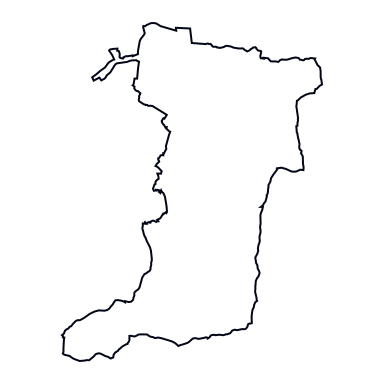 Cozmeni, Harghita, Romania
{"feature_id": "2599482B88715743642246", "entity_name": "Cozmeni", "entity_type": "district", "adm_level": 2, "iso_a3": "ROU", "parent_name": "Romania", "parent_adm1": "Harghita", "projection": "mercator", "projection_center": [25.941, 46.184], "detail": "fine", "context": "isolated", "style": "outline", "palette": "ink", "viewbox_px": 384, "rotation_deg": 0, "n_neighbors": 0, "source": "geoboundaries", "source_scale": "gbopen_adm2", "svg_char_len": 5934}
<svg xmlns="http://www.w3.org/2000/svg" viewBox="0 0 384 384"><path d="M251.8,323.2L251.6,316.3L252.4,310.2L253.8,307.2L254.2,304.8L255.3,302.2L257.1,300.9L256.7,300.0L256.5,297.7L255.1,291.9L255.4,288.3L255.3,285.8L255.5,285.5L255.8,281.0L257.0,278.2L258.5,276.4L259.6,273.0L259.1,271.2L257.6,268.2L257.4,265.3L256.1,263.0L255.3,257.5L257.2,254.0L258.2,250.9L257.9,248.7L258.4,245.5L259.8,241.3L259.5,238.0L259.7,235.3L260.4,233.4L260.6,230.2L260.3,229.5L260.1,226.7L260.6,223.5L260.4,215.8L260.5,214.6L261.2,212.3L262.1,210.4L262.9,206.9L260.9,206.9L262.0,206.1L263.3,204.7L263.9,203.4L265.5,201.4L266.9,196.3L266.6,195.3L267.2,194.6L267.8,192.9L268.2,188.5L268.5,187.0L268.4,185.2L270.3,181.8L271.1,178.1L273.3,174.7L277.1,169.6L277.3,169.3L276.8,168.7L276.9,168.3L281.5,167.7L285.8,168.9L291.1,171.3L292.8,171.7L294.9,171.7L296.8,171.3L300.2,169.7L303.4,170.1L303.6,167.9L303.4,165.7L303.0,164.1L302.8,156.4L301.0,153.1L301.4,152.1L301.5,150.8L299.8,149.5L299.8,148.9L299.3,147.9L299.2,147.2L299.5,143.9L299.3,143.0L297.6,135.4L297.5,133.6L296.8,132.6L296.3,126.2L297.4,125.8L297.4,124.9L297.6,122.1L298.0,120.8L297.8,119.2L298.1,118.3L296.3,105.9L296.6,104.9L296.9,100.8L297.8,100.4L300.9,97.4L305.8,94.7L309.8,93.4L314.3,93.1L315.4,89.1L316.8,88.8L319.6,85.9L322.0,84.5L321.4,80.0L320.7,77.8L320.6,70.3L320.3,69.4L320.1,67.5L317.5,65.0L314.6,59.4L315.1,58.5L310.6,58.0L308.6,58.9L307.1,58.7L304.9,59.0L304.1,60.0L303.2,60.4L301.9,59.9L299.9,59.7L298.6,58.0L295.4,57.5L292.3,58.1L287.0,59.7L283.1,59.7L282.0,59.4L279.8,60.3L279.4,61.0L278.3,61.9L274.7,61.3L272.9,61.5L270.7,61.3L268.1,58.3L263.5,57.7L262.5,57.9L262.4,58.2L262.7,58.5L260.8,58.2L260.4,57.2L260.3,55.6L260.7,54.4L261.2,51.4L260.2,50.8L258.2,50.6L256.3,48.6L256.2,47.9L255.2,47.2L253.0,47.6L252.2,48.4L250.6,49.2L249.9,50.2L247.3,51.4L245.1,50.2L242.9,48.4L238.7,48.5L233.4,47.6L231.2,46.6L227.1,45.8L225.3,46.1L223.9,47.0L220.3,47.9L217.1,47.5L216.6,46.9L215.2,46.7L213.3,46.8L212.0,45.9L212.0,45.6L210.6,43.9L209.1,44.1L208.0,43.5L206.7,43.7L205.8,44.1L191.8,43.0L190.1,28.5L175.9,27.8L176.2,30.7L160.5,26.1L156.4,23.5L153.5,23.0L150.8,23.2L146.7,25.0L145.0,26.2L143.5,26.0L143.1,26.9L144.7,33.2L144.3,34.3L140.8,38.9L139.8,40.9L138.2,49.6L137.9,52.3L138.0,54.1L132.7,56.2L132.6,55.4L127.3,56.3L126.3,56.1L123.4,57.3L123.3,58.4L122.5,58.5L120.8,58.1L119.7,57.5L119.6,57.0L119.7,53.6L118.7,51.0L117.2,50.7L117.4,48.6L113.2,48.9L110.0,49.5L109.1,50.5L112.3,55.3L114.2,59.5L112.0,60.4L108.5,62.7L105.0,67.5L100.1,71.0L96.2,74.4L92.2,77.3L93.7,80.6L99.4,77.6L101.3,80.4L104.6,78.6L105.8,77.2L106.7,75.4L110.3,72.4L115.2,64.5L116.7,63.4L127.2,61.9L129.6,60.9L131.9,60.4L136.3,60.2L137.5,61.1L139.0,61.6L138.1,68.0L137.1,78.6L134.5,78.6L133.8,83.2L133.3,84.8L132.7,85.3L134.5,86.6L134.2,88.2L135.5,90.2L136.6,90.9L138.3,91.3L139.6,92.8L140.3,93.1L140.3,93.6L139.1,96.2L139.2,97.8L138.8,99.5L138.9,100.9L139.5,101.5L143.7,104.2L144.9,104.5L145.5,105.0L147.0,104.9L148.3,105.9L150.7,105.7L152.6,106.1L166.8,114.9L164.4,118.7L163.4,118.2L161.7,121.0L161.9,121.3L161.9,122.2L163.0,124.1L164.2,125.1L164.9,126.7L165.4,127.1L166.7,127.1L166.5,127.6L165.8,127.9L165.8,128.2L166.7,128.7L167.3,129.6L169.6,131.5L170.2,131.8L169.1,134.6L165.9,146.3L166.3,148.9L163.8,153.6L163.2,153.4L163.3,155.3L162.0,155.1L160.6,155.4L159.1,158.0L158.2,158.3L158.2,159.6L159.0,161.0L159.2,161.7L157.0,163.7L155.5,166.0L157.8,167.1L161.7,171.2L161.1,172.8L161.1,173.6L157.4,173.6L158.4,176.3L158.6,178.9L156.8,180.1L155.8,181.3L155.5,182.3L155.4,184.2L154.7,184.3L154.3,184.9L153.0,188.8L153.9,190.8L154.9,190.5L156.4,190.5L156.2,189.8L156.7,189.8L157.5,189.9L157.4,190.2L159.7,190.4L159.0,192.0L160.3,193.1L161.2,190.5L161.7,191.6L163.5,193.3L164.9,196.6L165.7,201.0L166.5,206.0L166.9,210.3L166.9,212.3L166.3,213.1L165.7,212.3L162.9,214.6L162.8,214.3L160.3,218.3L157.4,219.7L158.1,220.3L158.4,221.3L156.5,221.4L156.2,221.9L153.9,220.8L153.0,220.6L151.1,221.3L150.4,222.4L150.7,223.4L150.0,222.4L149.5,222.4L149.1,222.0L147.3,222.7L147.2,223.8L146.8,223.9L145.6,223.5L144.9,222.1L144.7,222.3L144.8,223.7L142.8,223.5L142.8,225.9L142.3,228.4L143.1,231.0L143.8,234.1L144.8,236.7L145.5,237.6L146.7,240.9L149.9,247.1L150.9,250.5L151.8,258.6L151.8,260.7L151.2,262.2L151.2,265.1L150.6,267.1L150.5,269.3L149.9,270.5L149.4,271.1L147.1,272.5L146.6,273.1L144.4,274.1L142.2,277.7L139.5,287.5L138.3,289.3L135.9,291.0L134.6,292.3L134.3,293.1L134.3,295.7L133.5,297.6L133.2,299.4L132.6,300.4L131.0,301.7L130.0,301.9L128.6,302.0L125.1,301.2L125.1,302.3L123.3,301.3L121.0,300.6L117.7,300.1L115.6,300.3L115.2,300.5L112.4,304.9L111.3,305.9L109.3,308.6L107.3,310.0L104.5,310.7L98.7,310.4L94.4,311.6L89.5,314.0L84.7,317.5L82.0,319.1L79.8,320.2L77.4,320.2L75.3,321.4L72.4,324.5L71.3,326.1L69.7,326.8L68.1,328.7L66.6,329.3L65.2,330.5L64.9,330.9L63.9,333.6L62.0,335.2L62.9,336.0L62.9,337.4L64.3,337.5L63.9,340.1L63.4,349.4L63.5,351.3L63.3,352.4L62.8,353.5L64.3,354.7L69.7,356.0L71.2,357.2L73.9,358.9L79.7,361.0L85.3,360.5L86.4,360.1L89.2,360.2L93.7,356.5L95.6,354.3L97.2,353.6L99.4,353.3L101.8,354.2L104.9,355.9L108.4,357.0L110.6,358.5L113.0,357.6L113.4,357.0L113.5,355.4L113.8,354.4L115.3,352.5L118.0,350.8L118.9,349.4L120.9,347.9L121.9,346.8L126.1,344.3L127.6,343.9L128.0,342.6L128.8,341.8L129.3,340.5L129.5,339.2L129.3,337.8L129.5,337.1L129.4,335.9L130.9,335.8L134.3,336.5L135.7,336.1L138.5,334.6L139.5,334.4L146.2,334.4L147.6,334.7L148.0,335.3L150.5,336.7L153.0,337.1L154.3,337.8L155.7,338.1L157.4,337.6L158.4,337.6L161.4,338.2L171.7,341.3L175.2,343.1L178.4,346.0L180.8,344.9L182.4,344.6L187.4,342.9L188.9,342.0L192.6,338.7L193.9,338.3L195.3,338.1L198.6,338.9L204.1,337.9L205.4,337.4L206.8,337.4L207.7,338.6L210.0,336.9L210.5,335.7L211.7,335.1L214.5,334.8L215.6,335.2L219.4,334.7L223.1,335.2L224.8,334.8L226.1,334.2L227.3,334.3L230.2,333.2L232.4,330.4L235.0,329.7L237.1,330.2L242.0,329.1L244.7,329.2L246.0,328.6L247.4,326.8L248.0,324.6L248.4,323.9L251.8,323.2Z" fill="none" stroke="#020617" stroke-width="2"/></svg>